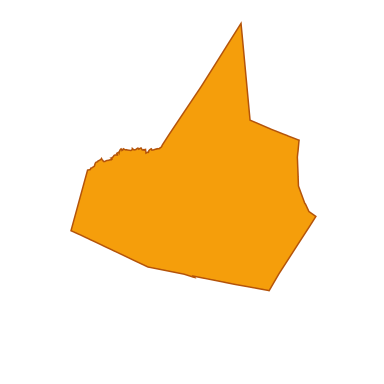 El Salvador, San Luis Potosí, Mexico (orthographic projection), rotated 61°
{"feature_id": "50627088B73100122878983", "entity_name": "El Salvador", "entity_type": "district", "adm_level": 2, "iso_a3": "MEX", "parent_name": "Mexico", "parent_adm1": "San Luis Potosí", "projection": "orthographic", "projection_center": [-100.964, 24.436], "detail": "fine", "context": "isolated", "style": "filled", "palette": "amber", "viewbox_px": 384, "rotation_deg": 61, "n_neighbors": 0, "source": "geoboundaries", "source_scale": "gbopen_adm2", "svg_char_len": 3544}
<svg xmlns="http://www.w3.org/2000/svg" viewBox="0 0 384 384"><g transform="rotate(61 192 192)"><path d="M68.3,67.4L80.4,89.5L87.7,102.7L104.0,132.4L119.3,162.2L130.1,183.2L136.4,195.0L136.6,195.2L136.7,195.4L136.8,195.6L136.9,195.8L137.0,195.9L137.2,196.0L137.5,196.4L137.6,196.5L137.7,196.9L137.8,197.1L137.8,197.4L137.9,197.5L137.9,197.8L137.9,198.2L137.9,198.4L137.9,198.7L138.0,198.9L138.2,199.1L138.2,199.6L138.0,200.1L137.8,200.5L137.6,200.9L137.3,201.3L137.4,201.6L137.2,201.8L137.1,202.1L137.0,202.6L136.9,203.0L137.0,203.0L136.9,203.2L136.7,204.2L136.6,205.0L136.0,206.8L134.7,206.6L134.4,206.7L134.6,208.6L134.9,209.6L135.5,210.3L136.1,210.8L136.2,211.0L135.7,211.5L135.7,213.4L132.2,212.0L132.1,212.5L132.0,212.8L131.8,213.2L131.6,213.6L132.1,213.7L131.5,214.5L131.0,215.2L130.8,215.2L128.8,215.2L128.7,215.8L128.7,216.3L128.7,216.7L128.7,217.1L128.8,217.8L127.9,218.0L127.4,218.0L127.3,218.5L127.5,219.0L127.4,219.2L127.4,219.3L127.4,219.5L127.5,219.7L127.5,219.9L127.6,220.1L127.7,220.3L127.7,220.5L127.5,220.8L127.5,221.2L127.5,221.3L127.4,221.6L127.2,221.8L127.1,222.0L127.1,222.3L126.6,222.5L126.1,222.7L125.6,222.9L125.0,223.1L126.0,223.8L126.1,225.3L123.9,228.2L123.5,228.5L123.4,228.7L123.4,228.8L123.2,228.9L123.1,229.0L123.0,229.6L122.6,230.0L120.9,231.1L121.3,231.7L121.7,232.1L121.7,232.5L121.7,233.1L121.4,233.0L120.9,233.0L119.9,233.1L120.0,233.6L120.2,233.8L120.2,234.1L120.4,234.4L120.5,234.8L120.8,235.1L121.2,235.6L121.6,236.1L122.4,236.8L121.6,236.7L121.6,237.0L121.7,237.5L121.7,238.1L121.7,238.5L121.7,239.1L122.0,239.1L122.5,239.2L122.9,239.2L123.2,239.2L123.5,239.2L123.5,239.5L123.0,240.1L122.6,240.7L122.4,241.4L122.2,241.9L122.2,242.3L122.3,242.6L122.4,242.8L122.6,243.2L122.9,243.6L122.9,243.8L123.0,244.0L123.1,244.3L123.1,244.5L123.1,244.9L123.2,245.0L123.2,245.3L123.3,245.6L123.2,246.0L123.1,246.4L123.4,246.3L123.6,246.2L123.9,245.9L124.1,245.9L124.4,245.9L124.4,246.0L124.5,246.4L124.6,246.6L124.7,246.8L124.7,247.1L124.6,247.3L124.5,247.5L124.4,247.6L124.3,247.9L124.1,248.0L124.0,248.5L124.0,248.9L124.0,249.3L123.8,249.5L123.7,249.8L123.7,250.1L123.5,250.4L123.4,250.6L123.3,250.9L123.2,251.2L123.1,251.5L123.1,252.0L123.0,252.4L123.1,252.8L123.1,253.5L122.8,253.9L122.6,254.4L122.2,254.4L122.0,254.6L121.8,254.7L121.5,254.8L121.3,254.7L121.0,254.7L120.6,254.9L120.2,255.0L119.9,255.0L119.5,255.0L119.1,254.9L118.8,254.9L119.3,255.8L119.4,256.8L119.4,257.8L119.3,259.3L119.7,259.8L119.5,261.6L119.9,262.6L121.1,263.9L122.1,264.9L122.2,265.8L122.2,267.2L122.4,268.1L122.1,269.1L123.1,270.0L122.7,271.3L122.2,272.7L167.2,316.6L174.2,311.4L175.3,310.5L177.3,309.1L181.1,306.4L181.3,306.2L182.0,305.7L182.4,305.4L183.6,304.6L184.9,303.7L186.6,302.4L187.3,301.9L195.1,296.3L195.9,295.8L199.1,293.5L203.9,290.0L205.1,289.2L213.8,282.9L215.4,281.8L216.6,280.9L216.8,280.8L222.3,276.9L236.1,267.0L236.5,266.6L260.0,238.8L265.5,233.6L266.8,232.4L267.9,231.2L266.3,231.5L293.5,199.4L299.1,192.5L315.0,173.1L315.6,172.5L315.7,172.4L306.1,156.3L305.4,155.1L299.2,143.5L288.4,123.4L279.2,106.1L276.0,100.2L273.4,95.5L272.0,96.2L269.7,97.3L265.8,99.2L265.7,99.2L257.4,98.6L256.8,98.9L249.2,97.7L248.0,97.5L247.2,97.4L238.4,96.0L230.3,91.9L230.1,91.7L229.3,91.4L228.0,90.7L226.4,89.9L223.8,88.6L220.6,87.0L220.2,86.8L214.7,84.0L214.4,83.9L213.3,83.3L212.8,83.1L212.7,83.0L212.5,82.9L208.9,80.4L208.0,79.7L199.8,74.1L198.6,73.2L197.5,74.2L194.1,77.0L190.9,79.7L189.5,80.9L188.7,81.4L185.8,83.9L175.2,92.6L174.9,92.8L157.3,106.4L81.4,73.1L68.3,67.4Z" fill="#f59e0b" stroke="#b45309" stroke-width="1.5"/></g></svg>